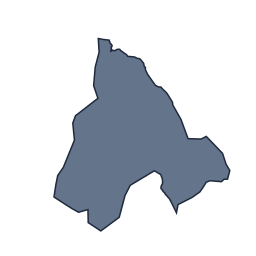 Buyant, Bayan-Ölgiy, Mongolia (Natural Earth projection), rotated 76°
{"feature_id": "93677404B33301384060955", "entity_name": "Buyant", "entity_type": "district", "adm_level": 2, "iso_a3": "MNG", "parent_name": "Mongolia", "parent_adm1": "Bayan-Ölgiy", "projection": "natural_earth1", "projection_center": [89.723, 48.59], "detail": "fine", "context": "isolated", "style": "filled", "palette": "slate", "viewbox_px": 256, "rotation_deg": 76, "n_neighbors": 0, "source": "geoboundaries", "source_scale": "gbopen_adm2", "svg_char_len": 1819}
<svg xmlns="http://www.w3.org/2000/svg" viewBox="0 0 256 256"><g transform="rotate(76 128 128)"><path d="M177.0,216.5L177.2,216.4L177.7,215.9L178.0,215.6L183.4,210.6L192.8,201.7L197.8,196.3L197.5,186.6L210.2,189.5L221.3,179.3L212.5,158.1L192.9,147.3L184.1,139.7L175.9,112.8L180.9,107.7L181.4,107.5L184.9,107.1L185.9,107.0L186.6,107.1L187.4,107.3L188.5,107.4L189.6,107.8L190.3,108.0L190.8,108.3L191.0,108.6L191.7,109.3L192.2,109.7L193.2,110.2L193.7,110.4L194.4,110.6L194.8,110.5L195.4,110.3L196.0,110.1L196.4,109.7L196.9,109.4L197.5,109.4L198.0,109.4L199.0,108.7L199.6,108.1L199.8,108.0L200.0,108.0L200.4,108.1L201.1,107.9L202.0,107.5L202.6,107.1L203.3,106.6L203.8,106.4L204.3,106.2L205.2,105.8L206.0,105.3L206.8,104.9L207.4,104.7L207.8,104.6L208.3,104.6L208.7,104.5L208.9,104.3L222.0,101.5L214.4,98.0L210.9,82.7L207.4,73.7L204.1,69.9L199.5,65.2L199.0,61.1L202.7,50.4L201.0,47.2L201.7,43.8L193.9,39.5L186.8,41.6L175.5,42.4L155.1,54.1L156.4,59.7L152.9,72.3L132.6,74.5L116.4,79.0L113.8,78.6L104.3,81.6L102.3,82.6L98.5,85.0L96.2,86.2L95.6,88.3L94.4,89.8L93.2,91.1L92.7,91.3L91.6,91.7L88.2,93.1L85.8,94.0L83.1,95.1L80.5,96.0L80.4,96.0L77.7,96.6L75.2,97.0L73.8,96.5L73.2,96.5L72.9,97.0L72.0,97.3L69.5,97.2L69.0,97.2L64.2,99.4L63.4,100.2L62.7,102.1L60.7,104.4L58.3,111.1L56.7,111.5L54.7,113.2L53.9,114.1L52.4,115.1L51.8,115.9L49.7,117.0L49.3,117.8L49.1,119.6L49.2,120.3L49.9,121.9L49.8,122.5L49.0,123.4L48.9,123.9L49.3,125.6L49.5,126.1L49.0,126.2L48.1,125.6L47.6,124.9L46.7,125.0L46.2,124.8L45.3,124.7L45.2,124.0L44.5,123.6L43.9,123.5L43.1,123.8L42.5,124.0L41.7,124.8L41.0,124.9L40.1,124.7L39.3,125.1L38.2,125.0L36.2,130.3L34.0,135.2L47.5,137.7L61.0,145.1L78.6,151.1L91.9,150.0L103.4,176.0L109.9,180.4L126.8,182.9L150.6,200.3L157.1,207.7L165.1,211.5L177.0,216.5Z" fill="#64748b" stroke="#1e293b" stroke-width="1.5"/></g></svg>